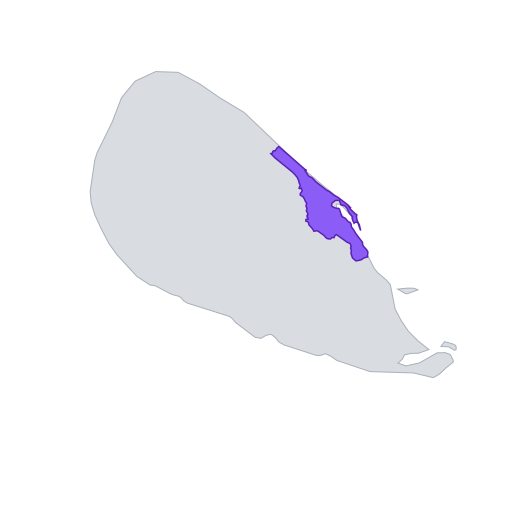 Puttalama highlighted on a map of Sri Lanka, rotated 138°
{"feature_id": "LKA-2462", "entity_name": "Puttalama", "entity_type": "District", "adm_level": 1, "iso_a3": "LKA", "parent_name": "Sri Lanka", "parent_adm1": "", "projection": "natural_earth1", "projection_center": [79.891, 7.922], "detail": "fine", "context": "in_parent", "style": "filled", "palette": "violet", "viewbox_px": 512, "rotation_deg": 138, "n_neighbors": 0, "source": "natural_earth", "source_scale": "10m", "svg_char_len": 3421}
<svg xmlns="http://www.w3.org/2000/svg" viewBox="0 0 512 512"><g transform="rotate(138 256 256)"><path d="M180.3,45.2L189.3,45.7L198.9,45.5L205.7,47.0L217.3,63.8L248.7,93.9L265.9,124.5L267.4,131.2L269.8,137.0L273.9,138.6L277.4,141.3L294.5,170.8L296.5,176.6L296.2,183.1L297.3,187.9L301.7,190.3L307.3,191.5L311.0,196.0L315.6,219.6L315.6,226.9L316.9,230.1L338.5,266.8L339.8,271.3L339.6,274.6L340.2,277.5L344.4,284.0L350.9,301.5L354.2,305.4L358.2,320.7L358.5,350.0L357.1,363.0L353.1,378.8L348.3,394.3L343.1,405.5L336.1,414.9L311.8,435.0L304.9,439.1L273.4,451.7L250.1,463.6L228.7,466.8L207.2,460.2L191.0,444.6L182.7,421.5L177.0,397.5L168.8,370.8L162.4,288.3L159.4,265.3L154.5,235.9L155.0,223.2L158.5,210.9L158.5,237.7L161.6,241.0L164.0,237.6L166.2,209.9L168.0,198.1L176.5,167.6L176.7,162.2L175.2,150.7L175.3,144.9L188.1,123.5L191.3,111.0L193.1,98.2L192.4,84.4L190.1,70.8L200.4,75.1L206.0,79.9L211.8,83.1L216.5,81.4L222.2,81.4L218.1,74.0L206.1,67.2L186.3,62.9L180.0,57.5L177.6,52.8L178.9,47.4L180.3,45.2ZM170.2,128.4L172.9,136.6L165.2,131.0L160.1,126.3L158.3,122.5L168.8,126.7L170.2,128.4ZM179.1,65.0L173.2,66.2L168.6,59.0L167.5,55.9L168.7,53.7L170.0,52.6L171.5,53.0L173.7,59.7L179.1,65.0Z" fill="#d9dde1" stroke="#a8b0b8" stroke-width="1"/><path d="M165.8,322.1L161.7,287.8L161.2,286.4L161.6,285.9L161.8,285.9L162.5,286.4L162.7,284.5L163.1,282.3L163.3,281.3L163.4,280.2L162.8,278.6L162.1,277.1L162.0,276.1L161.9,275.1L161.9,271.1L159.7,258.8L159.4,257.4L158.3,254.7L157.4,249.1L155.8,244.6L153.5,232.3L153.5,228.8L153.9,229.0L154.1,229.6L154.5,227.6L154.0,221.1L153.5,219.1L155.0,218.0L156.5,215.8L157.5,213.3L158.0,211.3L158.4,209.9L161.2,204.9L159.7,208.7L158.0,212.4L158.4,213.3L158.5,213.5L159.1,214.3L160.1,214.7L161.2,214.7L160.3,217.6L159.3,219.8L158.9,220.2L158.5,220.3L158.1,220.6L158.0,221.7L158.0,224.3L158.0,225.1L156.4,231.0L156.4,232.0L156.6,234.2L158.2,236.5L158.7,237.1L156.8,241.6L159.8,244.1L164.1,244.5L166.4,242.7L165.9,240.8L165.2,239.3L165.0,238.7L164.6,238.2L163.8,237.0L162.8,236.3L162.6,235.1L165.7,228.2L165.6,226.9L165.2,226.0L164.7,225.2L164.4,224.4L164.4,223.0L164.5,220.8L164.4,219.8L164.4,219.6L164.1,218.9L164.0,218.7L163.8,218.5L163.6,218.1L163.8,216.8L164.2,215.8L165.5,214.0L165.7,212.7L165.9,210.5L166.8,205.9L167.7,195.2L168.3,194.0L168.9,193.4L169.4,192.7L169.6,191.1L169.6,186.6L170.1,184.3L171.4,182.9L172.9,181.7L173.8,180.6L174.9,181.3L177.3,182.4L180.1,182.7L182.5,183.9L185.0,185.5L185.6,190.0L183.8,194.2L180.9,197.0L180.8,197.7L180.4,198.7L178.8,199.6L177.7,202.3L179.1,205.3L181.5,216.3L182.1,218.3L184.0,218.3L185.6,217.4L187.3,218.9L189.2,218.8L190.6,220.1L191.6,221.6L191.8,223.7L191.7,225.9L192.7,230.2L193.1,232.4L194.0,234.3L195.2,234.8L196.4,235.7L196.1,237.0L195.8,238.4L195.8,241.3L195.8,243.8L195.0,245.0L194.5,246.3L195.6,248.7L194.4,249.8L192.5,248.5L191.9,249.6L191.9,250.9L191.2,251.8L190.6,252.0L190.7,251.8L190.8,251.6L189.4,252.4L188.8,253.9L188.7,255.0L188.3,256.0L186.3,257.2L185.9,258.3L185.6,259.5L184.4,260.4L183.2,261.1L182.9,262.3L182.7,263.6L181.8,266.2L181.5,269.1L182.0,270.3L182.4,271.5L181.7,272.5L180.7,273.0L179.4,273.1L178.1,273.5L177.5,274.8L177.0,276.2L178.2,276.5L178.7,277.5L177.6,278.2L176.2,278.6L175.6,279.7L175.2,281.0L173.8,283.7L172.8,286.7L172.6,290.5L172.8,294.2L176.2,315.8L176.5,322.2L174.8,321.5L173.4,322.5L172.3,322.3L171.6,321.4L169.8,321.7L168.0,322.2L165.8,322.1Z" fill="#8b5cf6" stroke="#5b21b6" stroke-width="1.5"/></g></svg>